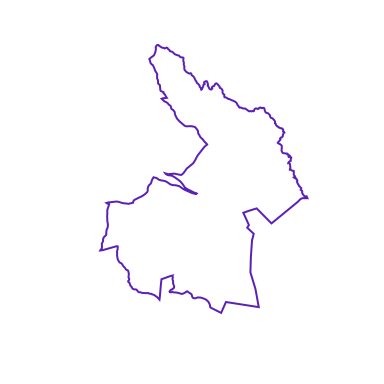 the district of Maragwa, Central, Kenya, rotated 45°
{"feature_id": "3690345B66962140424276", "entity_name": "Maragwa", "entity_type": "district", "adm_level": 2, "iso_a3": "KEN", "parent_name": "Kenya", "parent_adm1": "Central", "projection": "albers", "projection_center": [37.15, -0.878], "detail": "fine", "context": "isolated", "style": "outline", "palette": "violet", "viewbox_px": 384, "rotation_deg": 45, "n_neighbors": 0, "source": "geoboundaries", "source_scale": "gbopen_adm2", "svg_char_len": 6008}
<svg xmlns="http://www.w3.org/2000/svg" viewBox="0 0 384 384"><g transform="rotate(45 192 192)"><path d="M320.6,226.2L305.6,215.8L290.1,207.5L279.4,196.1L268.5,183.6L267.4,181.6L265.2,177.9L256.3,178.2L255.6,175.1L243.0,170.4L245.4,165.3L249.3,157.9L270.4,158.0L273.8,123.8L273.7,120.8L273.9,119.7L274.6,118.1L278.0,114.8L276.0,114.0L275.4,114.9L274.4,115.5L271.7,115.1L270.4,114.7L269.7,113.8L269.0,113.4L267.3,113.6L267.0,112.6L266.5,112.0L265.6,112.1L264.1,111.9L263.3,112.1L262.7,111.7L260.8,111.3L258.9,110.5L258.7,109.7L258.0,109.2L257.2,109.2L256.5,108.9L255.6,109.3L253.6,109.7L253.7,108.9L254.4,108.4L253.7,108.1L252.1,107.9L251.5,107.7L249.9,105.8L249.1,105.2L247.4,106.2L246.7,106.4L246.0,106.3L245.4,107.0L244.9,106.4L244.5,105.4L241.9,103.3L241.1,102.8L240.2,103.1L239.7,103.6L239.3,102.8L239.4,101.0L239.8,100.1L238.3,98.7L238.2,97.7L237.6,97.4L236.7,97.7L235.7,97.3L235.4,97.9L236.1,98.2L235.7,98.8L235.0,98.6L233.9,97.3L233.2,97.5L232.8,98.0L231.8,97.7L231.4,98.3L229.8,99.4L229.0,100.0L228.2,100.2L226.6,99.7L225.7,99.1L225.1,98.2L223.0,96.0L222.2,95.7L220.5,95.9L219.6,96.3L217.9,96.6L217.7,95.8L217.5,92.4L216.6,92.1L216.4,91.4L216.4,90.5L216.9,89.9L216.9,88.9L216.6,88.1L216.0,87.7L215.8,86.9L214.9,85.5L215.3,84.7L214.3,84.4L213.4,84.6L212.8,83.8L212.0,83.3L211.3,83.6L210.6,83.4L209.8,84.1L207.8,85.0L206.9,84.8L206.2,85.3L204.4,85.3L202.8,84.6L202.1,84.8L201.0,83.5L198.9,83.0L196.8,83.0L195.5,83.7L194.1,83.5L193.4,83.0L192.5,82.6L190.2,82.5L188.8,83.4L187.6,83.6L186.0,83.0L184.0,81.7L183.2,81.8L181.6,83.7L180.7,83.8L180.0,85.0L180.2,85.9L179.9,86.8L178.9,87.1L178.0,87.8L177.7,88.7L177.7,89.4L178.5,91.0L178.2,91.6L177.5,91.9L177.1,92.9L176.2,93.3L175.3,94.6L170.8,95.3L170.3,95.7L169.3,96.7L166.7,97.8L166.2,98.5L165.5,98.8L164.6,98.4L162.8,98.3L161.3,97.7L160.2,97.5L159.0,97.6L156.1,98.5L155.5,98.9L152.4,100.0L151.9,100.6L151.1,100.6L149.0,101.2L148.0,102.0L147.0,101.4L146.0,100.3L144.4,100.6L143.7,100.3L143.0,99.8L141.7,98.5L139.7,98.1L137.9,98.7L136.8,97.8L136.1,97.9L133.5,97.7L132.6,97.8L132.1,98.5L132.0,99.4L132.7,101.5L132.0,102.7L132.0,103.5L132.2,104.1L133.1,104.4L133.2,105.2L133.2,105.9L132.4,106.4L131.6,106.7L129.8,106.2L128.7,105.7L127.9,105.7L127.1,104.5L124.5,103.2L123.7,103.6L123.3,104.1L122.9,105.5L123.2,106.1L124.6,106.6L124.3,108.1L125.3,109.5L125.7,110.9L126.4,112.3L126.2,113.1L124.4,112.2L122.9,112.1L122.1,111.4L120.0,111.2L118.2,111.4L116.8,110.7L115.9,110.7L112.6,109.5L111.4,109.3L109.3,109.6L107.7,108.8L107.0,109.0L106.6,109.9L105.9,110.4L103.1,111.1L100.4,110.9L99.2,110.1L98.6,109.6L98.2,108.8L96.4,107.9L95.6,107.2L95.0,106.4L92.9,105.3L91.3,103.3L90.5,103.3L88.9,104.6L88.1,104.9L86.5,104.7L84.6,105.8L82.8,106.6L82.0,106.8L79.8,106.7L78.9,106.9L76.7,108.0L75.9,107.6L73.7,107.8L72.8,107.5L71.9,107.9L71.2,109.8L70.2,110.1L68.6,111.2L65.1,111.9L64.3,111.8L63.7,112.4L63.4,113.0L63.4,113.7L64.0,115.4L64.8,115.9L65.9,117.1L67.1,118.9L68.4,122.0L68.4,122.9L67.9,126.1L67.8,128.2L69.3,128.7L70.7,129.7L71.6,130.1L73.2,130.3L74.1,130.0L75.0,130.1L78.1,131.2L79.7,132.1L83.6,133.1L84.5,133.6L84.8,134.2L87.1,136.4L88.6,136.9L89.6,137.6L91.2,139.2L92.0,139.3L93.3,139.1L94.0,139.4L97.8,142.5L98.7,142.6L101.3,141.5L101.9,142.3L104.0,142.2L106.0,142.9L107.6,143.2L106.0,145.3L105.0,146.5L104.6,147.5L108.5,147.4L110.3,146.7L111.9,146.4L113.6,146.6L115.6,146.3L116.4,146.4L118.5,147.7L119.6,147.7L120.6,147.3L123.2,147.7L124.9,149.0L126.2,149.6L129.4,150.7L133.4,150.9L139.6,150.4L140.6,150.1L141.5,149.6L144.9,146.0L146.8,144.7L147.7,144.2L148.5,143.9L151.2,144.2L153.0,144.6L155.2,146.3L157.0,146.6L158.8,147.2L160.8,147.3L161.9,147.1L165.0,147.6L168.1,147.5L169.2,147.8L168.9,149.6L168.9,151.8L170.2,162.4L171.8,167.5L172.4,170.1L172.5,171.2L171.7,179.1L172.4,183.1L172.6,184.9L172.5,186.7L172.4,187.3L172.0,187.9L166.7,191.4L165.9,192.2L162.6,196.2L159.9,197.7L160.6,197.8L162.6,197.3L163.9,196.5L165.1,195.5L166.4,194.6L169.5,193.8L174.2,193.0L176.8,192.8L180.2,193.1L183.9,193.9L187.9,193.0L189.8,192.2L194.0,190.9L195.7,189.9L196.4,189.7L196.4,190.5L195.8,191.0L192.1,193.0L185.8,195.4L183.5,196.1L182.5,196.3L179.1,196.8L175.9,198.6L173.9,200.4L172.4,201.4L170.5,202.1L167.8,202.5L165.0,203.4L162.0,205.6L159.9,206.7L158.9,206.9L157.2,207.1L154.4,208.8L155.1,211.5L156.7,214.6L156.9,215.5L156.8,217.5L157.2,219.1L158.1,220.7L159.7,222.3L160.4,223.7L160.3,226.6L159.7,230.0L157.1,237.5L156.8,239.1L157.4,240.6L157.9,241.2L155.6,245.1L154.7,245.8L150.8,248.9L146.8,251.0L145.2,252.3L140.1,258.7L139.3,260.2L140.3,260.0L142.1,259.3L143.2,261.3L144.2,263.5L145.0,264.8L147.5,267.3L149.3,269.3L152.9,272.6L155.4,274.3L156.9,276.0L157.7,277.3L158.3,279.0L158.7,279.6L160.6,281.9L161.3,282.5L161.7,283.2L161.7,286.4L161.9,287.1L162.7,288.5L163.9,289.7L164.8,292.4L166.3,293.6L167.9,295.3L168.2,296.2L168.2,297.3L168.5,298.2L170.0,296.2L177.1,283.5L178.0,283.0L179.9,285.1L181.1,287.2L182.5,288.3L183.7,289.7L187.0,292.1L189.7,292.9L190.7,293.0L192.4,292.4L193.2,292.4L195.9,293.0L198.0,293.0L199.8,293.4L200.7,293.4L201.9,292.8L202.8,293.0L205.1,294.4L207.4,297.2L209.2,297.9L209.9,299.4L209.9,300.2L210.7,300.6L211.8,300.4L214.5,301.7L216.7,301.9L218.1,302.3L218.9,302.2L219.9,301.8L221.2,300.6L221.8,300.3L224.5,300.6L225.3,300.4L226.4,299.4L228.1,298.6L228.7,298.1L230.7,296.3L231.3,295.6L231.9,295.2L232.5,294.4L233.7,294.1L235.1,292.8L236.1,292.6L237.9,291.6L241.7,291.0L245.1,291.1L243.3,288.8L236.5,280.7L232.1,275.3L236.2,266.6L237.3,264.8L237.5,265.4L238.4,265.6L239.0,266.1L239.2,266.8L240.4,267.8L241.6,268.3L242.8,269.6L243.5,270.1L246.2,271.4L246.9,272.3L247.1,273.3L246.7,274.1L247.0,274.7L246.2,276.2L246.4,278.1L247.0,278.5L247.7,278.2L248.9,276.5L249.9,276.0L251.5,274.6L252.8,273.6L256.7,271.4L257.2,270.9L258.1,268.7L258.6,266.0L259.1,265.5L260.9,265.3L263.6,264.7L264.4,264.8L266.2,265.9L267.3,266.2L268.5,265.7L269.4,265.0L270.6,262.5L272.7,260.6L275.9,258.9L278.0,258.2L280.7,258.0L282.2,258.3L284.4,259.1L286.4,260.6L287.8,260.3L298.1,256.9L293.8,245.8L320.6,226.2Z" fill="none" stroke="#5b21b6" stroke-width="2"/></g></svg>